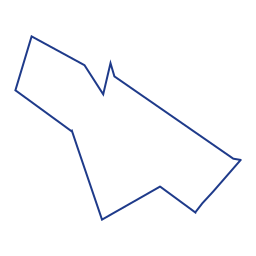 Belle Plain, Soufrière, Saint Lucia (Equal Earth projection)
{"feature_id": "8701671B19516927692390", "entity_name": "Belle Plain", "entity_type": "district", "adm_level": 2, "iso_a3": "LCA", "parent_name": "Saint Lucia", "parent_adm1": "Soufrière", "projection": "equal_earth", "projection_center": [-61.03, 13.828], "detail": "fine", "context": "isolated", "style": "outline", "palette": "blue", "viewbox_px": 256, "rotation_deg": 0, "n_neighbors": 0, "source": "geoboundaries", "source_scale": "gbopen_adm2", "svg_char_len": 365}
<svg xmlns="http://www.w3.org/2000/svg" viewBox="0 0 256 256"><path d="M84.5,65.2L31.6,36.4L15.4,90.3L71.5,131.2L71.9,130.8L77.3,146.9L102.0,219.6L160.0,186.6L160.4,186.8L195.1,212.3L195.4,212.5L195.5,212.1L202.4,203.2L213.2,191.5L240.6,160.0L240.5,159.9L233.3,158.7L114.4,76.4L110.5,63.2L103.2,94.3L84.5,65.2Z" fill="none" stroke="#1e3a8a" stroke-width="2"/></svg>